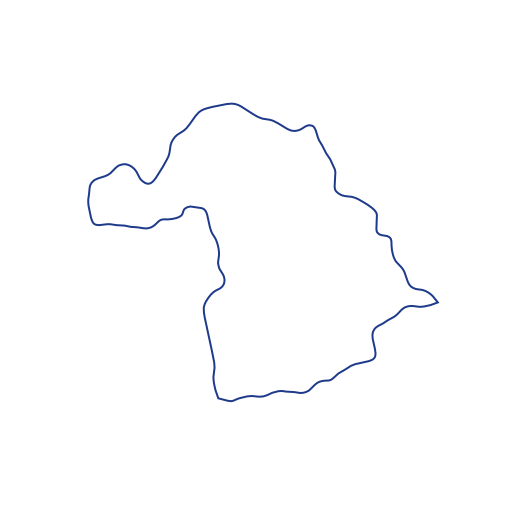 outline of Jima Abajo, La Vega, Dominican Republic, rotated 33°
{"feature_id": "3306468B99813204721250", "entity_name": "Jima Abajo", "entity_type": "district", "adm_level": 2, "iso_a3": "DOM", "parent_name": "Dominican Republic", "parent_adm1": "La Vega", "projection": "orthographic", "projection_center": [-70.397, 19.12], "detail": "fine", "context": "isolated", "style": "outline", "palette": "blue", "viewbox_px": 512, "rotation_deg": 33, "n_neighbors": 0, "source": "geoboundaries", "source_scale": "gbopen_adm2", "svg_char_len": 3563}
<svg xmlns="http://www.w3.org/2000/svg" viewBox="0 0 512 512"><g transform="rotate(33 256 256)"><path d="M96.6,313.6L99.5,315.9L101.7,317.0L103.0,317.2L104.2,317.1L105.4,316.7L107.7,315.5L114.1,310.2L116.5,308.7L122.0,306.2L129.4,302.0L135.0,299.8L141.2,296.4L146.7,293.9L149.0,292.6L150.1,291.7L152.0,289.7L153.4,287.3L154.3,284.9L155.4,280.1L156.3,277.9L157.0,277.0L158.5,275.6L162.3,273.2L165.5,270.6L168.5,267.6L170.1,265.4L171.2,263.2L171.4,262.0L171.4,260.9L170.4,256.9L170.4,255.8L170.7,254.7L171.8,252.5L173.6,250.6L174.7,249.9L184.0,245.6L186.0,245.1L187.0,245.1L189.0,245.6L190.8,246.6L192.9,248.3L201.3,256.6L204.7,259.5L207.1,261.0L211.5,263.0L213.8,264.3L217.3,267.0L220.5,270.1L223.3,273.5L224.8,276.0L227.3,281.3L228.0,282.5L229.9,284.6L232.0,286.4L233.2,287.1L237.4,289.0L239.6,290.2L241.6,292.0L242.6,293.1L243.3,294.3L244.2,296.7L244.4,297.9L244.3,300.2L243.6,302.6L240.9,307.3L239.9,309.9L239.2,312.7L238.8,317.0L238.8,321.4L239.2,324.3L240.0,327.0L240.7,328.4L243.4,332.1L246.5,335.5L271.0,359.9L278.6,367.7L280.5,370.1L282.2,372.5L286.1,380.5L287.8,382.9L289.7,385.2L291.8,387.4L295.0,390.5L301.9,395.9L311.1,392.8L313.6,391.7L314.6,390.9L315.6,390.0L318.6,385.5L320.6,383.2L325.0,378.6L328.7,375.7L335.3,372.3L338.6,369.8L341.2,366.6L344.1,361.9L348.5,357.1L351.4,355.0L355.1,353.3L362.4,349.2L367.7,346.8L370.0,345.1L371.9,343.0L373.4,340.6L373.9,339.2L375.5,332.0L376.4,329.2L377.8,326.8L379.6,324.8L381.6,323.1L384.7,320.9L385.6,320.0L386.3,319.0L387.3,316.5L389.1,309.6L392.9,302.1L395.4,296.5L398.1,292.7L407.8,282.8L409.5,280.5L410.2,279.3L410.6,278.0L410.8,276.6L410.6,275.2L409.4,272.7L406.6,269.4L398.9,261.8L397.1,259.4L396.3,258.1L395.7,256.7L395.3,255.3L395.2,252.3L395.5,250.8L396.5,248.2L399.2,243.5L401.6,238.0L404.3,233.0L405.5,230.5L406.3,227.6L407.4,221.7L408.4,218.9L409.1,217.6L410.9,215.4L413.0,213.6L415.4,212.2L420.6,209.7L422.9,208.1L425.1,206.2L429.2,202.0L433.8,195.9L426.1,193.4L423.1,192.9L420.0,192.8L417.0,193.1L414.1,193.8L408.1,196.6L405.3,197.2L402.4,197.2L399.6,196.3L397.0,194.7L389.6,188.9L386.9,187.3L384.1,186.3L376.7,184.5L375.3,183.9L372.6,182.3L370.1,180.3L366.7,176.9L363.9,173.3L361.7,170.1L360.0,168.4L358.9,167.9L357.7,167.6L355.2,167.8L350.0,170.1L347.7,170.7L345.2,170.3L344.1,169.8L342.4,168.0L335.1,155.8L334.2,154.9L333.0,154.0L330.2,153.0L327.2,152.5L322.3,152.2L315.5,152.4L310.5,152.7L307.2,153.3L304.1,154.2L298.0,157.3L295.3,158.2L293.9,158.5L291.0,158.6L288.2,158.2L286.9,157.7L285.8,156.9L284.1,154.9L276.8,142.3L274.9,140.4L265.6,134.5L258.8,131.6L251.4,127.3L246.0,124.7L243.4,122.9L237.7,118.1L235.3,116.7L234.0,116.2L232.7,116.1L231.4,116.4L229.2,117.5L228.3,118.4L226.9,120.4L224.7,125.2L223.1,127.5L221.2,129.4L220.1,130.2L217.3,131.6L215.7,132.0L212.5,132.4L202.4,132.7L197.4,133.2L195.8,133.5L193.0,134.4L186.6,137.3L181.9,138.3L176.9,138.6L161.8,138.7L158.6,139.1L155.4,140.0L152.6,141.5L148.8,144.4L138.1,154.8L134.8,158.4L132.7,160.9L131.0,163.6L129.8,166.6L129.0,171.5L128.6,181.6L128.1,186.6L127.3,189.8L123.9,197.4L123.2,200.3L123.0,203.4L123.2,206.4L123.9,209.3L127.4,217.0L128.3,220.1L128.7,223.4L129.3,231.9L129.5,245.4L129.0,249.7L128.0,252.3L127.1,253.4L125.9,254.3L124.7,254.8L123.3,255.1L120.5,255.1L117.7,254.6L116.3,254.1L110.4,250.7L107.7,249.6L106.2,249.2L103.2,248.8L100.1,249.0L97.2,249.8L95.9,250.5L93.7,252.3L91.9,254.5L91.2,255.8L90.3,258.6L88.8,265.9L87.6,268.7L85.9,271.3L81.0,277.3L79.4,279.9L78.8,281.3L78.2,284.3L78.5,287.3L79.5,289.8L82.1,294.7L84.6,300.1L86.4,302.8L88.4,305.3L96.6,313.6Z" fill="none" stroke="#1e3a8a" stroke-width="2"/></g></svg>